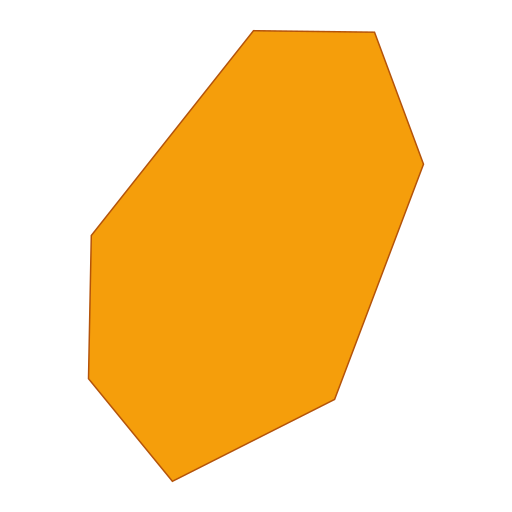 the border of Kayangel
{"feature_id": "PLW-5248", "entity_name": "Kayangel", "entity_type": "state/province", "adm_level": 1, "iso_a3": "PLW", "parent_name": "Palau", "parent_adm1": "", "projection": "albers", "projection_center": [134.709, 8.073], "detail": "fine", "context": "isolated", "style": "filled", "palette": "amber", "viewbox_px": 512, "rotation_deg": 0, "n_neighbors": 0, "source": "natural_earth", "source_scale": "10m", "svg_char_len": 223}
<svg xmlns="http://www.w3.org/2000/svg" viewBox="0 0 512 512"><path d="M253.5,30.7L374.5,32.2L423.5,164.2L334.6,399.4L172.4,481.3L88.5,378.7L91.3,235.5L253.5,30.7Z" fill="#f59e0b" stroke="#b45309" stroke-width="1.5"/></svg>